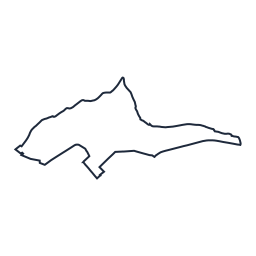 outline of Bakau, Banjul, Gambia
{"feature_id": "56634734B97208940932189", "entity_name": "Bakau", "entity_type": "district", "adm_level": 2, "iso_a3": "GMB", "parent_name": "Gambia", "parent_adm1": "Banjul", "projection": "orthographic", "projection_center": [-16.668, 13.473], "detail": "fine", "context": "isolated", "style": "outline", "palette": "slate", "viewbox_px": 256, "rotation_deg": 0, "n_neighbors": 0, "source": "geoboundaries", "source_scale": "gbopen_adm2", "svg_char_len": 3770}
<svg xmlns="http://www.w3.org/2000/svg" viewBox="0 0 256 256"><path d="M240.3,144.9L240.6,144.1L240.6,143.2L239.9,140.3L239.1,138.3L238.4,137.3L238.0,137.0L237.7,137.0L236.8,136.8L235.8,136.6L234.6,136.5L233.5,136.3L232.6,136.0L231.9,135.7L231.6,135.8L231.4,135.1L231.4,134.9L230.9,134.4L230.5,134.3L229.4,133.8L228.0,133.6L226.4,133.8L224.8,133.8L223.4,133.5L222.0,133.2L220.3,132.6L218.5,131.9L218.1,131.8L215.9,131.5L215.2,131.3L214.8,131.3L213.8,129.8L213.9,129.7L213.4,129.1L211.7,128.8L210.4,128.4L209.7,128.2L208.4,127.8L207.4,127.4L205.8,126.9L205.0,126.4L204.2,126.2L203.5,125.9L202.5,125.7L200.9,125.2L199.9,125.0L198.6,124.9L197.3,124.9L195.4,124.8L192.8,124.5L190.7,124.2L188.3,124.1L186.8,124.2L182.3,124.9L180.3,125.3L175.9,126.1L172.9,126.6L167.0,127.1L165.7,127.3L161.9,127.0L160.6,126.8L159.7,126.6L159.2,126.6L157.0,126.4L153.8,126.4L153.0,126.3L152.4,126.2L151.8,125.9L151.6,125.7L151.2,125.5L150.2,124.4L149.9,124.1L149.8,124.5L149.5,124.8L149.2,124.9L148.8,124.8L147.8,124.3L146.7,123.4L145.7,122.6L144.9,122.1L144.2,121.5L143.6,121.0L142.7,120.5L142.3,120.5L140.4,119.4L140.2,117.8L139.9,117.3L139.3,116.5L138.7,115.4L137.9,113.8L137.1,111.3L135.9,109.4L135.6,108.6L135.4,108.0L135.5,107.2L135.8,106.9L135.8,106.0L135.4,104.9L135.4,104.7L134.8,102.0L133.5,99.4L132.8,97.8L132.3,96.7L131.5,94.3L130.6,92.2L126.6,87.8L126.3,87.3L125.2,85.7L124.5,84.3L123.9,80.7L123.9,79.3L123.7,78.6L123.5,78.0L123.1,77.7L122.6,77.6L122.2,77.9L117.9,84.7L116.5,86.5L114.2,89.1L112.9,90.5L112.5,90.7L110.9,92.1L110.0,92.6L109.2,92.5L108.3,92.5L106.6,92.5L105.4,92.6L104.0,92.8L102.8,93.2L102.0,93.9L101.7,94.3L100.3,95.8L98.7,97.4L97.6,98.4L97.0,98.8L95.8,99.6L94.3,100.3L93.1,100.5L91.0,101.0L90.2,101.1L89.0,100.9L87.7,100.8L84.9,100.8L83.9,100.3L83.4,100.1L82.9,100.1L82.6,100.1L81.9,100.3L80.7,101.0L76.3,104.4L75.2,105.2L73.8,106.4L72.8,107.2L72.4,107.4L70.9,108.2L70.0,108.4L69.4,108.5L68.9,108.4L68.1,108.2L67.8,108.1L67.5,108.1L66.9,108.1L66.3,108.4L65.6,108.9L64.7,109.8L64.1,110.4L63.0,111.2L61.5,112.0L59.5,113.3L58.3,114.2L56.3,115.7L55.7,116.2L55.3,116.4L55.0,116.5L54.6,116.7L54.0,116.8L53.7,116.8L53.3,116.7L53.2,116.7L52.8,116.2L52.4,116.3L51.7,116.5L50.9,116.9L49.6,117.3L48.9,117.5L47.6,118.1L46.3,118.6L45.3,118.8L44.3,119.1L43.4,119.5L42.1,120.0L41.4,120.6L40.9,121.1L39.8,122.2L39.3,122.7L38.3,123.6L35.8,126.0L35.5,126.2L35.4,126.3L34.4,127.0L33.3,128.2L33.1,128.3L31.7,129.8L31.0,130.9L30.0,132.8L29.2,135.0L27.8,137.7L27.3,138.5L25.9,140.6L21.6,146.3L20.2,145.6L15.5,149.3L15.4,149.4L20.6,153.4L22.2,152.7L23.1,153.6L21.5,155.1L30.6,158.9L39.7,160.6L39.7,160.8L39.8,162.9L44.7,164.8L44.8,164.8L51.2,160.1L57.0,156.4L63.0,152.6L65.9,150.8L70.0,148.2L74.5,145.3L74.6,145.2L75.2,145.0L75.7,144.8L75.8,144.8L75.9,144.7L77.1,144.6L78.4,144.7L79.0,144.9L84.9,148.5L85.3,148.8L85.4,149.0L86.4,150.9L86.8,151.3L87.2,151.9L87.4,152.2L89.3,156.1L89.2,156.2L89.2,156.3L86.5,158.8L86.2,159.1L86.0,159.3L83.8,161.3L83.6,161.6L83.2,162.1L83.3,162.1L84.4,163.5L85.9,165.4L86.1,165.5L88.9,168.7L89.5,169.5L91.6,172.0L91.9,172.3L95.2,176.3L96.3,177.5L96.8,178.2L96.9,178.3L97.0,178.4L99.4,176.2L100.0,175.7L100.4,175.5L99.9,174.9L100.0,174.8L104.0,171.7L103.9,171.6L99.5,167.1L104.0,162.7L108.4,158.4L112.9,154.2L115.2,151.9L123.5,151.5L124.3,151.5L134.1,150.8L136.4,151.5L143.2,153.4L146.2,154.2L149.4,155.1L152.3,155.4L153.5,156.3L153.9,156.6L154.1,156.7L154.5,156.9L155.0,156.3L155.5,155.8L156.0,155.3L156.8,154.8L158.2,153.8L160.6,152.3L162.9,151.5L166.1,150.6L167.8,150.2L180.6,146.9L183.6,146.1L187.1,145.3L202.8,141.1L204.7,140.8L206.4,140.5L208.7,140.3L211.1,140.3L214.0,140.4L216.3,140.7L219.8,141.3L222.3,141.8L223.3,142.0L228.2,142.8L233.7,143.8L236.3,144.3L237.3,144.5L239.1,144.7L240.3,144.9Z" fill="none" stroke="#1e293b" stroke-width="2"/></svg>